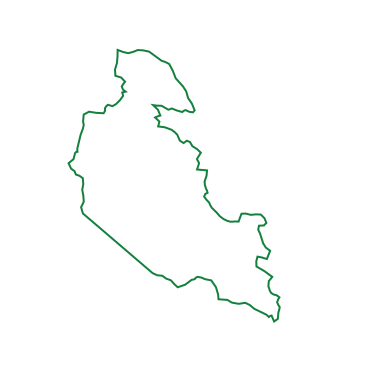 the District of Mŏṇarāgala, rotated 127°
{"feature_id": "LKA-2468", "entity_name": "Mŏṇarāgala", "entity_type": "District", "adm_level": 1, "iso_a3": "LKA", "parent_name": "Sri Lanka", "parent_adm1": "", "projection": "robinson", "projection_center": [81.231, 6.876], "detail": "fine", "context": "isolated", "style": "outline", "palette": "green", "viewbox_px": 384, "rotation_deg": 127, "n_neighbors": 0, "source": "natural_earth", "source_scale": "10m", "svg_char_len": 2328}
<svg xmlns="http://www.w3.org/2000/svg" viewBox="0 0 384 384"><g transform="rotate(127 192 192)"><path d="M123.3,336.9L121.6,331.1L119.5,326.5L115.5,323.3L111.3,320.8L108.2,316.1L105.7,310.7L105.5,295.3L104.2,291.4L103.5,287.2L106.8,280.2L111.0,273.5L113.1,262.7L115.2,257.1L119.3,251.7L121.5,245.2L125.2,239.0L127.8,239.2L129.5,242.2L130.5,246.5L132.2,247.5L134.0,247.9L136.0,253.1L137.5,258.5L139.1,259.4L140.5,260.4L141.5,268.3L144.1,271.9L146.0,275.3L146.8,268.7L150.0,263.3L152.3,265.0L154.7,266.3L155.4,260.4L160.0,258.5L156.7,252.7L154.6,245.8L154.6,242.0L155.1,238.3L158.3,232.6L158.0,228.2L154.2,227.0L153.3,223.7L155.2,219.2L154.7,213.8L155.3,208.6L162.7,207.9L164.7,203.7L171.0,201.5L165.7,193.0L170.4,190.1L176.0,188.3L178.8,185.8L181.0,182.6L182.0,180.6L183.3,179.1L185.5,180.2L188.4,179.5L189.5,175.9L190.1,172.0L191.6,169.4L192.7,166.7L193.6,159.8L194.6,155.3L194.6,150.6L194.0,147.2L192.8,143.8L191.2,141.6L190.0,140.4L187.6,137.0L179.6,139.4L177.0,136.3L174.8,131.2L171.4,127.5L168.6,123.5L169.3,118.4L171.9,114.0L175.5,114.5L178.6,118.2L182.2,116.5L184.2,112.7L190.3,104.1L192.0,99.4L191.9,94.2L200.5,91.9L202.2,96.7L204.2,100.8L208.6,99.0L212.7,95.7L211.6,86.3L211.5,76.8L217.0,77.0L221.4,74.2L222.5,72.5L224.0,70.4L225.0,68.0L224.7,65.0L223.5,62.1L223.5,58.8L225.7,58.6L228.8,57.7L230.3,55.1L231.1,52.7L233.5,51.5L236.2,50.5L241.7,47.1L246.0,48.5L242.8,54.1L244.2,55.1L245.6,55.4L245.2,58.7L247.8,71.9L247.5,77.8L248.4,82.7L253.2,87.4L256.3,93.5L256.9,98.8L261.7,106.3L258.1,109.5L253.6,115.6L251.0,123.4L253.8,129.2L254.7,133.1L256.4,136.5L258.2,137.4L259.8,137.4L261.2,138.3L262.3,139.4L270.2,141.7L276.7,146.1L276.2,150.8L275.2,155.7L276.7,160.5L276.8,165.4L279.4,169.6L280.5,174.6L274.8,266.2L270.9,271.4L264.9,272.6L260.3,276.6L256.3,281.0L251.1,283.6L246.7,287.5L246.8,291.8L247.9,295.1L247.0,296.9L246.0,298.4L246.1,300.5L246.1,302.6L243.3,307.9L237.1,306.4L231.2,308.8L229.3,308.5L228.8,307.7L226.4,309.7L213.3,315.4L206.9,317.3L203.5,318.9L201.3,321.4L195.3,325.1L189.8,322.5L186.4,316.1L182.3,310.0L179.5,310.3L177.5,311.9L175.2,312.1L173.0,311.7L171.3,307.2L167.6,305.6L162.1,304.8L156.6,304.9L154.5,307.6L151.8,305.4L151.8,308.7L150.0,311.6L147.0,311.9L144.2,311.8L143.2,317.5L145.3,323.1L140.5,327.2L134.3,329.5L128.8,332.9L123.3,336.9Z" fill="none" stroke="#15803d" stroke-width="2"/></g></svg>